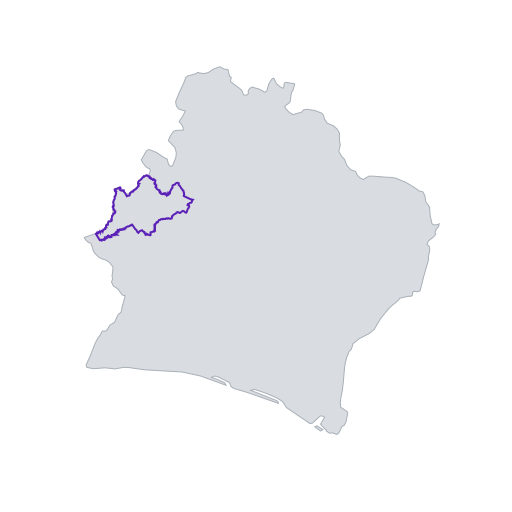 Tonkpi, Dix-Huit Montagnes, Ivory Coast shown in context, rotated 25°
{"feature_id": "98640826B98350089255378", "entity_name": "Tonkpi", "entity_type": "district", "adm_level": 2, "iso_a3": "CIV", "parent_name": "Ivory Coast", "parent_adm1": "Dix-Huit Montagnes", "projection": "albers", "projection_center": [-7.715, 7.368], "detail": "fine", "context": "in_parent", "style": "outline", "palette": "violet", "viewbox_px": 512, "rotation_deg": 25, "n_neighbors": 0, "source": "geoboundaries", "source_scale": "gbopen_adm2", "svg_char_len": 9654}
<svg xmlns="http://www.w3.org/2000/svg" viewBox="0 0 512 512"><g transform="rotate(25 256 256)"><path d="M125.7,114.1L127.3,114.0L131.4,112.8L135.1,110.1L138.6,104.4L143.3,99.8L148.5,100.1L150.1,99.3L152.0,99.1L154.2,102.1L156.4,104.4L158.0,104.5L159.2,108.8L168.8,110.7L172.9,111.8L176.4,115.0L177.6,115.1L179.1,114.4L180.2,113.3L180.4,112.1L179.0,109.2L179.6,106.6L181.2,104.3L183.6,104.2L187.4,103.5L191.7,103.5L194.9,103.9L196.1,101.6L194.9,95.1L195.2,91.6L195.7,88.6L196.9,87.3L201.7,91.1L206.0,92.4L209.2,92.6L210.0,91.8L208.7,87.7L209.1,86.5L210.2,85.7L212.3,85.3L217.8,83.6L218.4,83.9L219.5,90.4L219.0,92.6L220.2,97.0L221.6,101.1L221.5,102.8L220.3,105.3L219.0,107.6L219.1,108.6L221.3,110.2L225.6,111.8L230.0,112.2L232.4,109.8L235.0,107.8L236.7,106.1L237.3,103.5L240.1,101.6L248.1,99.2L255.4,98.8L257.2,99.6L260.5,103.1L264.7,105.6L271.1,105.2L275.8,106.7L279.8,109.4L282.5,115.5L285.5,119.9L286.8,126.2L291.5,129.5L295.2,130.9L300.1,135.5L305.3,137.8L310.6,137.2L313.1,139.6L317.0,141.2L321.0,141.3L324.4,136.0L329.0,133.9L340.6,129.6L345.1,127.7L349.8,126.4L360.9,125.9L371.3,127.1L376.5,128.1L380.0,127.3L383.4,129.8L386.9,135.0L389.8,136.6L392.7,138.4L394.9,142.6L397.4,146.6L398.8,148.4L402.0,152.5L404.7,152.5L407.3,150.7L408.4,149.4L409.0,152.1L408.0,156.4L408.2,159.1L409.7,160.1L408.9,163.6L405.9,169.5L406.0,173.0L409.0,174.1L411.2,177.7L412.6,184.1L413.9,186.2L414.1,187.5L416.5,202.8L419.4,218.1L417.7,220.1L415.3,220.8L413.7,221.5L413.3,222.9L414.4,225.0L413.7,226.9L410.8,228.3L404.3,233.3L403.9,235.2L402.2,239.4L400.8,242.0L398.8,246.7L395.5,259.2L394.4,269.5L394.2,272.7L393.0,275.0L391.5,278.2L384.6,287.1L381.0,294.4L381.5,297.5L381.7,300.7L380.7,303.0L381.0,309.1L381.9,314.2L383.2,319.2L388.4,333.3L391.2,341.9L392.9,348.9L394.4,353.5L395.8,355.4L396.4,357.2L404.0,358.4L405.5,359.4L407.7,368.5L407.4,372.5L405.9,374.1L406.0,377.6L405.7,381.9L404.6,383.6L400.3,383.9L397.5,385.5L393.6,384.9L393.3,383.9L391.2,383.5L385.5,381.1L386.4,373.2L383.8,372.9L381.7,374.0L377.8,383.5L375.9,385.1L347.7,380.5L341.5,376.6L334.2,375.8L321.4,376.3L310.9,377.6L307.9,380.0L334.5,378.4L337.3,378.6L338.7,380.1L305.1,383.4L292.2,385.4L288.4,384.9L285.5,381.9L271.6,381.6L268.7,382.6L267.0,384.8L272.5,384.3L281.1,384.1L283.5,385.8L256.4,388.2L237.6,392.5L229.6,395.7L203.4,406.1L187.4,411.0L183.2,412.8L175.9,417.9L166.5,421.1L156.0,427.0L149.6,428.4L148.1,426.5L148.0,416.4L147.1,403.0L147.4,397.8L148.3,393.0L148.3,389.0L151.5,387.5L152.3,385.8L152.8,380.5L155.8,375.8L155.8,367.5L156.7,365.7L157.4,363.5L156.1,358.1L154.4,347.8L153.6,347.2L152.9,347.6L151.2,347.8L144.6,344.2L139.6,343.6L136.0,340.6L135.8,337.1L134.0,335.1L132.8,331.1L131.1,326.5L126.1,323.8L121.4,323.1L118.0,323.7L114.1,323.5L109.6,322.0L106.5,320.2L103.6,316.9L100.9,314.2L98.7,314.5L96.1,313.9L93.5,312.7L92.6,311.7L103.5,301.1L107.2,295.9L107.6,292.7L107.7,289.4L108.9,286.2L109.2,281.1L103.2,262.8L101.7,257.2L100.0,255.5L99.0,254.9L102.1,252.5L106.2,253.2L112.7,255.0L114.1,253.2L118.9,244.0L118.8,240.5L118.3,238.2L121.2,231.9L123.4,229.4L124.6,226.8L124.2,223.2L122.5,221.8L120.3,222.1L117.6,221.2L113.5,219.1L111.4,217.3L112.1,208.9L112.5,206.4L113.9,204.9L116.2,204.5L122.5,204.2L127.7,205.2L132.2,205.7L134.6,205.7L136.5,208.2L139.1,210.7L141.4,210.7L142.2,208.8L141.7,200.6L140.2,196.2L136.7,192.0L127.8,188.5L127.6,183.5L128.5,178.0L130.4,176.0L137.0,172.6L135.9,170.7L133.7,168.7L129.5,166.7L130.5,160.2L130.7,154.4L127.2,155.1L123.5,155.4L120.4,153.6L117.9,150.1L117.4,140.4L117.4,129.2L116.9,124.3L117.9,121.7L121.0,119.2L124.5,116.1L125.7,114.1ZM390.0,385.1L388.5,387.3L381.4,386.0L383.1,384.1L390.0,385.1Z" fill="#d9dde1" stroke="#a8b0b8" stroke-width="1"/><path d="M128.7,230.1L128.7,230.3L128.4,230.5L127.2,229.9L126.6,230.3L126.3,230.0L126.5,229.3L125.9,228.8L125.5,228.8L124.5,229.4L123.5,229.1L123.1,228.9L122.4,229.3L122.2,229.8L121.7,230.1L121.3,231.1L120.6,231.1L120.4,232.2L119.9,232.8L119.9,233.8L118.7,236.8L118.1,237.5L118.0,238.6L118.5,239.5L118.3,239.7L118.5,240.2L119.4,240.1L119.0,240.7L120.1,242.1L119.6,242.8L119.6,243.9L118.8,246.2L117.1,248.8L117.5,249.4L117.1,249.9L116.9,249.9L116.0,250.5L115.8,251.6L115.3,252.4L115.8,254.1L115.4,255.0L114.3,255.6L113.7,256.4L110.8,254.3L108.8,253.4L108.5,252.4L107.5,252.6L106.9,253.5L106.5,253.6L105.9,253.7L104.6,253.5L104.8,252.2L104.2,252.0L104.2,251.4L103.9,251.2L103.6,251.3L102.2,253.2L99.9,255.4L99.9,255.8L100.8,256.8L101.7,256.4L102.2,256.6L102.3,258.0L102.7,258.4L102.6,258.6L103.0,259.5L103.2,260.9L103.1,261.5L102.7,261.8L102.8,262.3L103.5,263.1L103.8,264.1L103.5,265.0L103.8,267.6L105.5,270.0L105.4,270.3L105.8,270.4L106.0,270.7L105.9,271.1L105.3,271.9L105.5,272.3L106.3,272.8L106.5,273.1L106.8,273.1L107.1,274.2L107.5,274.3L108.1,274.2L108.4,274.7L109.4,275.5L109.7,275.2L109.9,275.6L109.9,276.9L109.3,277.2L108.8,277.8L109.2,278.5L108.8,279.7L108.9,280.1L108.6,280.4L109.5,283.5L109.3,283.8L109.4,284.1L109.9,284.1L109.9,284.6L110.3,285.0L109.6,286.1L107.7,287.0L108.1,289.3L108.6,290.2L108.5,290.4L107.6,290.6L107.6,291.2L107.2,291.5L107.7,293.1L108.0,293.3L108.2,293.2L108.4,292.5L108.4,293.4L107.4,294.5L107.9,295.3L107.4,295.5L107.3,296.0L106.5,296.5L106.7,298.3L106.4,298.0L106.0,298.0L105.6,298.2L105.5,298.4L105.8,298.7L105.7,298.9L105.5,299.2L105.2,299.0L104.4,299.8L104.6,300.4L104.1,300.0L104.1,300.5L103.3,300.8L103.1,301.2L103.3,302.1L103.2,302.4L102.6,303.0L102.2,302.8L102.0,303.6L101.8,303.6L101.7,303.3L101.6,303.7L107.8,307.7L108.5,307.3L108.8,306.6L109.4,306.6L109.7,306.9L109.9,306.3L110.5,305.9L110.7,305.4L111.6,305.8L111.8,305.7L112.0,305.3L111.8,304.7L112.0,304.4L111.6,304.6L111.5,304.4L112.3,304.0L112.1,303.5L111.5,302.9L111.9,302.8L112.2,303.3L112.4,303.3L112.4,302.8L113.2,302.8L113.3,302.4L113.6,302.5L113.3,302.3L113.2,302.0L112.6,301.6L112.7,301.4L113.4,301.0L113.3,300.6L113.8,300.5L113.7,299.9L114.4,299.9L114.6,300.1L114.9,300.5L114.5,300.9L114.7,301.1L115.5,300.9L115.7,300.5L116.4,300.4L116.5,300.3L116.1,300.2L116.5,300.0L116.6,299.6L116.3,299.5L116.3,298.9L116.5,298.6L116.2,298.0L116.5,297.8L117.0,298.0L117.5,297.6L117.3,297.4L118.0,296.7L118.4,297.0L118.7,296.4L119.1,296.5L119.0,295.9L119.5,296.2L119.8,295.5L120.1,295.8L120.6,295.6L120.1,295.5L120.4,295.4L120.5,295.1L120.2,295.0L120.4,294.8L119.7,294.4L119.9,294.3L120.0,293.8L119.8,293.5L119.6,294.1L119.4,294.3L119.2,293.9L119.4,293.8L119.3,293.1L120.0,292.6L120.3,292.8L120.5,292.6L120.0,292.4L120.0,291.8L120.2,291.7L120.2,292.0L120.5,291.8L119.9,291.5L119.8,291.2L119.7,291.3L119.6,291.2L119.6,290.9L120.0,290.9L120.5,290.6L120.9,291.0L120.8,290.4L121.1,290.1L121.2,289.5L121.5,289.3L121.8,289.5L121.7,290.0L121.8,290.0L122.2,289.5L122.8,289.3L122.6,289.0L123.3,288.9L123.3,288.4L123.7,288.4L124.4,287.9L124.1,287.7L124.3,287.3L124.6,287.5L124.7,287.1L125.3,287.2L125.2,286.8L125.6,286.5L125.3,286.4L125.7,286.1L125.7,285.8L125.9,285.7L125.8,285.3L126.2,284.7L126.7,284.2L126.9,283.6L128.0,283.1L128.1,282.8L129.1,281.9L129.2,281.2L129.9,281.0L130.4,279.9L131.1,280.2L134.7,282.4L136.9,283.2L138.7,284.6L139.7,284.7L140.1,282.6L140.9,281.9L141.3,281.2L141.9,280.8L143.1,281.5L144.4,281.4L144.4,281.7L145.2,282.3L145.5,282.3L146.0,282.7L146.4,282.3L146.9,282.6L147.3,282.9L147.1,283.0L147.2,283.3L147.7,282.8L148.1,282.7L147.8,282.4L147.8,282.1L148.5,282.2L151.3,282.0L151.6,281.4L150.4,279.2L151.5,278.2L151.8,278.1L152.5,277.2L152.8,277.1L152.6,276.9L152.7,276.6L153.1,276.4L152.9,276.2L153.0,276.0L153.3,276.0L153.5,276.3L153.8,275.9L153.3,275.5L153.4,275.1L153.2,274.6L152.9,274.7L152.6,274.4L152.9,274.0L152.7,274.1L152.6,273.4L152.2,273.3L152.3,272.8L152.0,272.3L152.1,272.0L152.0,271.8L151.7,272.0L151.2,271.8L151.0,270.9L151.1,270.6L150.8,270.7L150.7,270.4L151.1,270.1L151.2,269.3L151.7,268.6L151.8,268.0L151.6,267.4L151.9,267.1L152.4,267.3L152.9,266.5L152.7,265.7L152.9,264.3L154.0,263.7L154.2,262.9L154.8,262.4L155.7,262.3L156.1,261.5L156.7,261.3L157.0,261.4L157.8,260.8L158.4,260.7L158.8,259.7L159.4,259.7L160.0,259.3L160.3,259.4L160.5,258.8L162.5,258.6L162.9,258.3L163.0,257.9L163.7,257.6L163.6,256.6L163.2,255.8L163.4,255.3L163.2,255.0L163.7,254.1L163.8,253.4L165.4,251.4L165.6,250.1L166.2,249.8L166.5,249.2L168.6,249.3L169.3,248.6L169.8,247.3L170.7,246.0L172.0,245.9L173.5,246.4L174.5,246.2L174.6,245.6L174.4,244.1L174.3,241.6L174.6,241.1L174.6,239.3L174.2,238.8L172.4,238.8L172.3,238.1L172.4,237.6L173.2,237.3L173.4,236.1L174.8,235.0L175.0,234.1L174.6,233.2L175.0,231.7L172.3,232.2L165.3,232.2L165.2,232.0L165.2,231.7L164.9,231.5L164.9,230.5L164.2,229.7L164.1,229.2L163.3,228.6L162.8,227.6L161.9,227.5L161.8,227.3L161.6,227.3L160.8,226.6L159.9,226.4L157.3,224.6L155.8,224.2L155.3,222.7L154.2,222.7L153.3,223.2L152.5,224.3L152.4,225.4L150.9,226.7L150.7,227.2L150.7,228.0L151.4,229.0L151.4,229.5L151.1,230.1L151.2,230.8L150.9,231.5L151.0,233.1L150.6,234.4L151.2,234.7L151.5,235.2L151.5,235.4L151.0,235.4L150.5,235.7L151.1,236.3L151.0,236.8L150.6,237.0L150.7,237.6L150.3,238.2L149.8,238.1L149.6,238.6L149.1,237.8L149.1,238.2L148.7,238.2L148.4,238.6L147.6,238.6L147.3,238.3L147.4,238.0L147.1,237.7L146.9,238.1L146.1,238.0L145.8,238.4L145.9,239.0L145.2,239.2L144.9,239.6L144.2,239.4L143.8,239.7L142.9,238.9L142.6,239.3L142.2,239.3L141.7,238.9L141.8,238.3L141.2,238.4L140.7,237.7L141.0,237.5L140.7,237.1L140.0,237.4L139.7,237.3L139.2,237.4L137.4,237.0L137.2,236.6L136.8,236.4L136.9,236.1L136.6,235.8L136.1,235.5L135.8,235.6L136.0,234.6L135.8,234.2L135.5,234.4L135.1,234.2L134.7,233.5L134.1,233.5L133.8,233.2L133.6,233.5L133.4,233.4L133.3,232.6L133.6,232.3L133.3,231.8L133.1,231.8L133.2,231.2L132.8,230.0L131.9,229.9L131.5,230.0L131.2,229.8L131.2,230.3L130.4,230.7L129.8,230.4L129.7,230.2L129.2,230.4L128.7,230.1Z" fill="none" stroke="#5b21b6" stroke-width="2"/></g></svg>